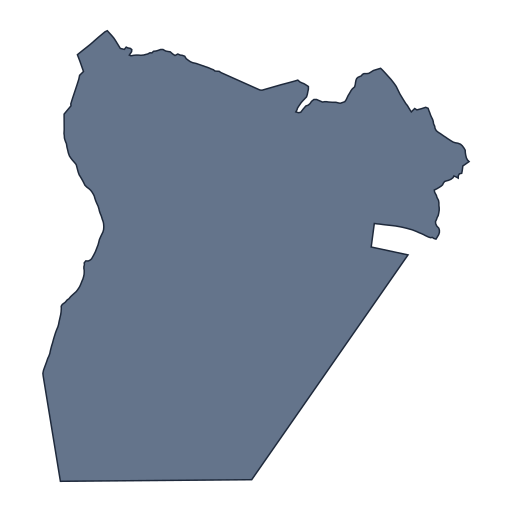 the district of Kisumu West, Nyanza, Kenya
{"feature_id": "3690345B39370723343062", "entity_name": "Kisumu West", "entity_type": "district", "adm_level": 2, "iso_a3": "KEN", "parent_name": "Kenya", "parent_adm1": "Nyanza", "projection": "albers", "projection_center": [34.67, -0.088], "detail": "fine", "context": "isolated", "style": "filled", "palette": "slate", "viewbox_px": 512, "rotation_deg": 0, "n_neighbors": 0, "source": "geoboundaries", "source_scale": "gbopen_adm2", "svg_char_len": 4199}
<svg xmlns="http://www.w3.org/2000/svg" viewBox="0 0 512 512"><path d="M425.7,107.3L421.4,108.7L416.9,109.9L414.7,108.5L413.5,109.7L411.3,111.9L410.0,109.9L408.2,106.9L407.3,105.4L405.8,103.6L403.0,99.1L399.9,94.0L396.2,86.4L394.6,84.1L393.5,82.6L390.9,79.3L388.0,76.1L386.4,74.3L384.0,71.7L382.4,70.0L380.6,68.3L376.6,69.5L373.4,70.5L371.5,71.7L368.9,73.3L367.1,73.6L364.0,73.6L362.4,74.4L361.4,75.8L359.6,76.6L358.0,77.3L356.7,78.5L356.0,80.2L355.5,82.6L355.3,84.3L354.6,86.9L352.4,88.8L351.1,90.5L349.7,93.0L348.1,95.6L346.2,99.7L344.8,101.7L342.8,102.4L340.2,103.3L338.3,102.9L336.0,102.3L332.5,102.3L328.4,102.0L326.6,101.7L324.4,101.7L322.6,102.1L320.6,101.2L318.6,100.4L316.6,99.5L313.9,99.5L311.5,101.4L310.1,103.5L308.3,105.1L305.8,106.0L303.0,109.3L300.7,112.3L298.5,112.7L295.8,111.9L297.0,109.8L297.5,108.1L298.9,105.9L300.1,104.2L301.2,102.6L302.5,101.1L304.6,98.9L306.5,96.9L307.3,94.5L307.9,91.4L308.4,89.2L308.4,86.5L305.5,84.6L303.8,83.6L302.2,83.0L300.0,82.0L297.8,80.1L294.9,81.0L292.7,81.6L288.7,82.7L281.1,84.7L262.0,90.2L259.9,90.0L221.0,72.6L219.1,71.3L216.7,71.2L214.9,71.0L213.5,69.8L211.1,68.9L208.9,67.9L196.3,63.5L194.6,63.1L192.7,62.7L190.4,61.7L188.6,60.5L186.2,58.7L184.7,56.2L182.2,55.3L180.3,55.1L177.8,54.0L175.0,55.5L172.6,53.9L170.2,51.8L168.1,51.5L165.6,51.0L163.0,49.5L160.6,49.5L158.1,50.4L156.1,51.0L153.5,51.3L151.9,52.9L149.9,52.8L147.7,54.0L145.9,54.4L143.8,55.0L140.9,55.3L138.5,55.1L136.0,55.1L133.7,55.3L130.9,55.8L129.3,55.1L131.6,51.7L131.8,49.6L130.4,48.4L127.8,47.9L126.2,47.1L124.3,49.4L120.3,48.4L115.2,40.1L113.7,37.9L111.5,35.3L109.0,32.6L107.3,30.7L105.0,31.8L98.6,37.1L89.8,44.8L82.2,50.8L77.4,54.7L80.0,61.5L83.5,71.5L79.6,75.3L78.8,79.2L77.0,84.9L72.6,98.1L70.8,103.9L71.0,105.8L64.1,114.1L64.1,116.3L64.2,129.6L64.0,133.5L64.3,135.7L64.4,138.0L65.0,140.1L65.6,141.8L66.4,143.6L67.0,147.3L67.8,150.5L68.3,152.8L69.4,155.9L70.9,158.2L72.3,160.0L73.8,161.7L75.1,163.2L76.2,164.6L76.8,166.8L77.4,169.1L78.2,172.1L79.2,174.9L80.3,176.6L82.0,179.5L83.1,181.5L84.1,183.5L84.9,185.2L86.8,187.1L89.2,188.9L90.6,190.2L91.9,191.9L93.2,194.0L94.2,195.9L94.8,198.1L95.7,200.8L96.8,203.4L98.1,206.2L98.9,208.8L99.4,211.0L100.2,213.4L101.3,216.0L102.3,219.3L103.2,221.8L103.6,223.8L103.8,226.8L103.6,229.6L102.9,232.1L101.7,234.5L100.7,236.6L99.4,239.6L98.9,241.7L98.1,244.7L96.9,247.8L95.4,251.7L93.8,254.9L91.6,258.8L90.3,260.0L88.3,261.0L85.8,260.9L84.2,262.9L84.4,264.7L83.9,266.7L83.9,268.5L84.2,270.2L84.2,272.3L84.1,274.3L83.6,276.6L82.9,279.0L82.1,280.8L81.4,282.6L80.3,285.3L79.4,287.1L77.6,289.8L76.2,291.6L74.3,293.3L72.2,295.2L70.6,296.7L68.9,298.8L67.3,299.8L65.2,302.3L62.3,304.4L61.2,306.2L61.3,308.4L61.1,311.8L60.7,314.6L59.7,319.0L59.1,321.6L58.6,324.3L57.9,326.8L56.7,329.6L55.5,332.8L53.7,338.6L52.5,343.1L51.6,345.9L50.5,350.2L49.8,353.6L48.7,356.5L47.8,358.3L46.4,362.4L44.8,366.7L43.5,370.3L42.9,373.4L43.2,376.1L60.4,481.3L251.7,479.7L408.0,254.9L371.2,247.0L374.3,223.5L377.5,223.9L379.9,224.1L382.6,224.5L385.1,224.8L387.9,225.1L390.6,225.4L393.3,225.7L395.8,226.0L397.9,226.4L400.2,226.8L402.6,227.3L404.7,227.8L406.8,228.3L409.6,229.1L412.2,229.8L414.5,230.7L416.5,231.5L419.1,232.7L421.4,233.6L423.6,234.6L425.2,235.5L428.4,237.0L430.6,237.7L432.3,237.4L434.0,238.5L436.0,239.1L437.3,237.0L438.7,234.6L439.4,232.4L439.4,230.2L438.8,228.2L436.8,226.1L435.7,223.8L435.5,221.6L436.5,219.5L437.2,217.4L438.2,215.6L438.8,212.8L439.2,210.2L439.2,207.9L438.9,205.5L438.9,202.7L438.5,200.4L436.9,197.3L436.4,195.4L435.5,193.8L434.6,192.1L434.3,190.0L436.8,188.8L439.5,187.2L441.3,186.0L442.6,184.8L443.4,183.1L444.6,181.5L446.7,180.8L448.3,180.4L450.9,179.3L453.0,177.7L453.9,176.0L456.1,176.9L458.2,178.1L458.3,175.7L459.4,173.8L461.7,173.3L462.2,170.9L462.6,167.9L462.8,166.0L465.4,164.2L469.1,161.6L467.5,160.0L466.4,157.9L465.7,155.1L465.3,152.5L465.2,150.2L464.0,148.1L462.3,145.8L460.5,144.2L457.9,143.2L455.4,142.8L453.2,142.1L451.5,141.1L449.3,139.7L447.3,138.4L445.8,137.3L443.9,136.1L442.2,134.9L440.5,133.7L438.4,132.4L436.3,130.7L435.0,128.3L434.7,126.2L433.6,123.9L433.2,121.3L432.6,119.4L431.6,117.4L430.6,115.2L429.7,112.6L428.9,110.6L428.1,108.3L425.7,107.3Z" fill="#64748b" stroke="#1e293b" stroke-width="1.5"/></svg>